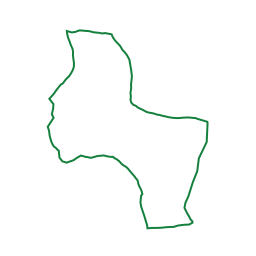 Etsako Central, Edo, Nigeria, rotated 353°
{"feature_id": "59680162B80670265641804", "entity_name": "Etsako Central", "entity_type": "district", "adm_level": 2, "iso_a3": "NGA", "parent_name": "Nigeria", "parent_adm1": "Edo", "projection": "robinson", "projection_center": [6.506, 6.978], "detail": "fine", "context": "isolated", "style": "outline", "palette": "green", "viewbox_px": 256, "rotation_deg": 353, "n_neighbors": 0, "source": "geoboundaries", "source_scale": "gbopen_adm2", "svg_char_len": 2055}
<svg xmlns="http://www.w3.org/2000/svg" viewBox="0 0 256 256"><g transform="rotate(353 128 128)"><path d="M207.5,131.5L200.2,128.3L198.3,127.5L196.0,126.3L193.3,125.8L192.9,125.7L189.4,124.9L183.6,124.4L180.1,124.4L177.0,124.0L174.4,123.5L170.4,122.5L166.5,121.0L164.7,120.5L161.2,119.0L158.1,118.1L156.3,117.2L155.0,116.6L150.2,115.1L148.0,114.1L145.3,112.1L142.2,110.1L140.5,109.1L138.7,107.1L136.1,105.6L134.3,103.1L133.9,100.5L134.7,96.9L134.7,95.2L134.7,93.4L135.0,92.5L136.0,88.8L136.4,84.7L137.3,81.1L138.2,77.1L138.2,75.8L138.2,73.5L138.2,71.0L137.7,60.3L135.9,55.7L135.0,54.1L134.4,53.1L134.3,52.9L134.2,52.7L131.9,49.7L131.6,48.8L130.2,45.6L128.4,43.1L125.8,39.6L124.0,36.0L123.1,33.0L120.0,32.0L116.9,31.0L113.9,31.0L110.8,30.0L106.0,28.9L105.1,28.6L101.1,27.1L98.5,26.6L96.2,26.1L91.8,25.2L87.4,26.2L83.9,26.3L79.1,24.3L79.1,26.8L79.5,30.9L80.4,34.4L81.3,38.5L82.7,43.1L82.7,43.6L82.7,44.8L82.7,46.1L82.2,49.2L82.2,51.8L82.3,56.8L81.8,60.4L80.5,63.4L78.3,66.5L75.7,69.6L73.7,71.0L72.2,72.2L68.7,75.8L66.5,76.8L63.8,79.4L61.5,81.7L61.2,82.0L58.6,85.0L53.5,89.4L56.9,95.2L56.0,99.9L54.1,105.1L55.4,108.8L48.5,117.0L49.3,121.1L49.3,126.1L50.1,131.6L51.0,134.7L52.1,137.2L54.4,139.4L55.0,140.6L56.5,142.1L56.4,149.1L58.8,153.1L62.9,154.9L70.1,153.3L73.2,151.6L77.8,149.6L82.0,151.3L87.8,153.1L94.3,152.1L100.6,152.3L103.4,153.4L107.1,154.5L109.7,154.8L110.9,156.4L112.5,157.2L114.2,158.9L115.1,159.7L116.9,162.3L118.6,164.3L118.8,164.4L121.3,166.3L123.0,168.3L124.8,171.3L126.6,173.9L128.3,176.4L129.7,178.9L131.0,180.9L131.4,183.0L131.4,184.5L131.9,186.5L132.8,189.1L133.7,191.6L134.2,195.4L132.8,196.7L131.3,203.3L131.5,207.9L133.3,216.5L134.2,221.6L135.1,226.7L135.1,229.9L139.5,230.1L143.8,230.6L149.6,231.1L154.0,231.1L161.5,231.7L165.9,230.9L172.1,230.9L176.9,231.3L180.5,229.8L180.5,228.5L178.9,226.2L177.6,222.6L176.8,221.0L175.7,218.1L174.3,214.1L175.9,209.3L175.9,209.2L179.5,203.4L182.6,196.6L185.7,189.8L191.5,179.2L194.6,166.8L199.0,159.9L204.4,151.5L207.5,133.3L207.5,131.5Z" fill="none" stroke="#15803d" stroke-width="2"/></g></svg>